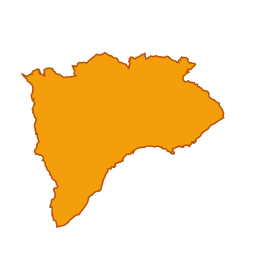 Berislavesti, Vâlcea, Romania (orthographic projection), rotated 256°
{"feature_id": "2599482B15216043869555", "entity_name": "Berislavesti", "entity_type": "district", "adm_level": 2, "iso_a3": "ROU", "parent_name": "Romania", "parent_adm1": "Vâlcea", "projection": "orthographic", "projection_center": [24.443, 45.275], "detail": "fine", "context": "isolated", "style": "filled", "palette": "amber", "viewbox_px": 256, "rotation_deg": 256, "n_neighbors": 0, "source": "geoboundaries", "source_scale": "gbopen_adm2", "svg_char_len": 5798}
<svg xmlns="http://www.w3.org/2000/svg" viewBox="0 0 256 256"><g transform="rotate(256 128 128)"><path d="M134.4,218.6L135.2,216.8L138.3,214.4L140.1,214.3L141.7,214.8L143.3,214.5L144.2,214.0L145.0,213.2L145.0,212.3L145.3,211.6L145.9,211.3L146.2,210.5L147.3,209.0L148.9,208.9L149.3,208.0L150.9,206.9L151.3,205.9L153.2,205.9L153.8,205.5L154.0,205.1L153.7,204.2L153.9,203.7L155.9,203.2L156.4,201.9L156.9,201.1L157.3,199.0L157.9,198.5L159.1,198.1L158.7,195.3L159.1,194.4L160.6,193.4L163.0,193.2L165.1,194.6L165.8,196.6L168.2,198.6L167.3,198.7L167.0,199.1L167.4,199.6L167.1,199.9L167.3,200.4L167.9,200.2L168.3,200.4L168.9,199.9L168.7,199.1L168.8,199.0L170.7,200.4L169.6,202.2L169.5,202.7L171.6,206.1L172.4,207.9L173.4,208.7L174.0,208.6L174.8,207.2L175.2,206.4L175.2,205.7L176.1,205.0L176.2,203.8L177.0,202.8L177.7,202.5L179.9,202.4L180.6,202.8L182.2,201.3L183.3,198.1L183.1,197.9L183.8,197.1L182.2,195.6L181.2,193.6L180.3,193.1L179.4,193.1L180.0,192.2L179.7,191.7L181.4,190.5L181.7,189.6L183.9,186.6L186.0,185.3L186.6,184.5L187.4,184.6L188.0,183.4L188.2,182.5L187.7,179.9L188.0,179.7L188.0,179.0L189.1,177.5L189.0,176.6L189.6,175.3L189.6,174.6L191.2,173.2L191.2,169.3L192.1,168.3L192.3,167.6L191.7,166.6L191.4,164.6L190.4,163.2L190.6,162.2L194.2,161.8L195.6,162.7L196.3,162.5L195.6,160.4L196.0,159.1L195.5,158.4L194.8,156.7L194.1,152.6L193.4,151.0L194.8,150.0L196.1,148.4L196.0,147.3L194.9,146.9L194.7,146.2L193.9,146.8L193.5,145.8L192.8,145.7L192.8,145.1L192.6,145.0L192.0,144.9L189.9,145.7L189.2,144.9L188.0,144.4L187.7,143.7L186.4,143.9L185.8,143.1L189.2,141.7L190.2,141.6L191.6,139.0L193.1,137.6L193.3,136.6L193.9,135.6L194.6,135.1L198.1,134.2L199.8,131.0L200.8,130.0L201.8,129.6L202.8,127.5L203.5,127.0L204.1,126.0L205.6,125.0L206.7,123.7L205.8,121.2L205.6,117.8L207.0,115.9L207.0,115.1L205.6,112.6L204.1,108.9L203.2,107.5L202.7,106.1L201.6,104.7L201.1,103.7L202.5,100.7L202.5,99.2L203.3,96.2L202.6,94.8L200.5,93.4L199.9,92.7L200.0,92.2L200.5,91.5L200.8,91.6L201.3,91.2L201.3,90.3L201.8,89.1L200.5,89.2L199.3,89.6L198.4,89.4L197.4,90.0L196.6,90.2L193.7,88.8L191.3,89.9L191.5,88.9L191.4,87.5L191.6,84.4L192.1,81.5L192.5,80.5L192.3,79.0L192.6,77.9L196.6,74.5L197.2,72.4L198.5,71.0L200.1,70.8L200.9,69.7L203.9,69.1L204.3,67.5L205.3,66.0L205.5,63.2L204.7,60.6L203.9,60.4L202.3,60.7L201.4,59.6L199.4,59.9L198.7,59.6L200.7,57.5L201.2,56.6L201.9,56.2L202.5,55.2L202.8,55.3L202.9,56.1L203.8,55.4L204.4,56.3L204.8,56.1L205.3,55.2L206.2,55.8L206.7,55.3L207.0,54.0L206.4,53.0L206.5,51.3L206.0,49.2L204.9,48.3L203.2,47.9L203.9,46.6L202.8,43.2L203.0,41.2L203.9,40.7L204.3,39.8L205.1,39.7L205.3,39.0L205.7,38.5L204.5,38.8L202.2,40.3L201.7,40.3L200.6,41.4L199.4,41.8L197.9,41.7L195.3,44.1L194.5,44.3L192.9,45.3L191.9,45.4L191.2,45.8L189.9,45.3L188.6,45.3L187.4,44.5L185.7,44.3L184.8,43.2L182.8,42.0L179.1,41.9L178.8,42.2L178.8,43.5L178.2,42.8L178.2,42.1L177.6,42.1L176.8,42.9L175.9,42.9L174.3,43.7L173.0,42.3L169.2,39.7L169.0,40.2L168.6,40.3L166.3,39.3L164.1,40.1L161.3,39.9L159.9,40.8L158.2,41.0L155.6,39.4L155.1,38.6L152.2,37.7L150.3,37.6L149.0,38.0L148.0,37.3L146.3,37.7L145.4,37.2L145.0,37.5L144.1,37.1L143.9,37.4L144.4,38.5L143.5,38.7L141.8,38.0L137.1,38.1L136.4,38.4L134.6,36.0L133.1,35.2L131.9,35.2L130.9,34.4L130.0,33.1L128.2,31.6L124.6,32.3L124.5,33.8L124.1,34.8L123.1,35.3L122.9,35.8L123.0,36.8L121.8,37.7L121.4,38.3L120.7,38.6L118.5,38.5L117.5,37.2L116.2,38.6L113.9,39.2L111.4,38.6L110.6,39.2L109.4,39.5L108.7,39.3L107.5,39.4L104.1,41.3L103.4,41.0L102.4,41.3L101.7,41.0L100.7,41.3L99.9,42.0L96.9,42.2L95.1,43.8L94.8,44.4L93.9,44.6L93.4,45.0L92.6,44.9L92.2,45.3L90.6,45.0L88.5,45.7L87.6,45.3L87.1,44.5L87.6,42.9L87.3,42.2L87.3,41.7L86.8,41.3L85.8,40.8L83.6,41.2L80.8,41.2L78.6,40.3L77.1,38.9L76.9,38.1L77.1,37.3L76.7,36.4L73.1,35.1L71.7,33.9L70.1,33.2L69.8,33.5L69.9,34.7L69.0,35.2L62.1,33.3L61.9,33.7L61.2,33.9L60.9,33.4L59.3,33.8L58.5,33.5L56.9,33.4L54.8,35.6L52.9,35.4L51.3,35.8L50.0,35.0L49.2,35.0L49.0,40.6L49.2,42.9L50.2,45.8L53.0,49.9L54.2,52.6L55.7,55.6L56.0,56.9L55.8,59.6L57.8,61.6L60.9,65.7L64.1,69.3L66.5,71.3L68.8,72.4L69.6,72.4L70.0,72.9L70.5,74.1L71.4,75.1L71.7,77.0L72.9,78.6L73.8,80.2L74.2,83.4L73.7,84.6L73.8,85.2L74.8,86.7L80.3,89.6L81.1,90.4L82.1,90.6L83.6,91.5L86.0,93.7L88.5,94.9L89.2,96.4L90.2,96.9L90.8,98.0L92.8,98.3L93.2,98.7L93.2,99.7L92.3,101.6L93.7,101.9L94.4,102.9L93.1,105.0L93.9,105.3L94.0,105.8L93.7,106.4L94.1,106.6L96.5,106.9L96.5,108.9L96.8,109.3L96.6,109.8L96.9,110.0L96.8,110.4L97.2,111.3L96.6,111.7L96.6,112.0L97.5,113.2L97.1,114.6L97.3,115.2L98.9,115.1L99.4,116.2L100.5,116.4L100.8,117.3L101.3,117.8L101.6,119.0L102.5,119.6L102.8,120.0L102.0,123.7L103.0,125.5L104.1,126.8L102.5,126.9L104.7,128.7L106.0,132.2L106.1,134.4L105.9,136.2L106.1,137.3L105.3,138.7L105.2,139.3L105.6,140.0L105.5,140.6L106.1,142.0L105.2,144.5L105.0,145.8L103.2,149.4L103.4,151.2L102.9,153.4L101.5,154.8L101.3,156.3L100.1,156.3L100.5,155.8L99.7,156.3L99.3,157.7L98.8,158.3L98.9,158.9L98.7,159.6L98.0,160.1L96.1,160.6L95.4,162.4L95.1,162.3L95.1,161.9L94.7,162.7L94.1,163.1L94.0,164.1L93.5,164.2L92.7,163.8L92.6,164.7L92.0,165.1L91.7,165.8L92.2,166.8L93.1,166.9L95.7,165.9L97.0,166.0L96.9,167.2L97.8,170.9L97.6,171.2L97.6,172.2L98.2,172.8L97.7,173.1L97.3,175.2L96.4,175.2L96.1,177.4L97.3,177.6L97.2,180.7L96.9,181.8L95.5,182.7L96.0,183.1L96.0,183.5L95.7,183.7L96.7,184.5L96.9,185.1L98.1,186.3L99.0,186.7L98.9,187.8L98.4,187.1L97.3,187.9L97.8,189.5L98.2,190.3L98.9,190.5L99.4,191.0L100.5,190.6L101.7,193.8L101.9,194.8L102.6,195.7L102.8,196.6L104.3,197.7L105.4,199.1L105.9,200.4L106.5,201.1L106.8,202.8L107.8,205.6L110.1,208.1L111.0,210.2L111.4,213.4L112.0,214.3L112.4,215.9L113.0,217.1L114.2,221.4L115.0,223.2L115.3,222.8L115.9,222.8L119.1,224.4L123.6,223.8L127.5,222.0L129.5,222.2L130.0,222.6L131.3,220.6L133.7,218.8L134.4,218.6Z" fill="#f59e0b" stroke="#b45309" stroke-width="1.5"/></g></svg>